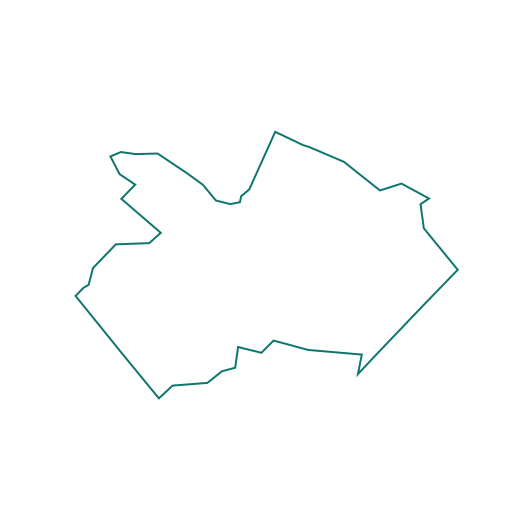 Somerset, New Jersey, United States of America (Natural Earth projection), rotated 247°
{"feature_id": "52423323B92804985399484", "entity_name": "Somerset", "entity_type": "district", "adm_level": 2, "iso_a3": "USA", "parent_name": "United States of America", "parent_adm1": "New Jersey", "projection": "natural_earth1", "projection_center": [-74.587, 40.566], "detail": "fine", "context": "isolated", "style": "outline", "palette": "teal", "viewbox_px": 512, "rotation_deg": 247, "n_neighbors": 0, "source": "geoboundaries", "source_scale": "gbopen_adm2", "svg_char_len": 725}
<svg xmlns="http://www.w3.org/2000/svg" viewBox="0 0 512 512"><g transform="rotate(247 256 256)"><path d="M241.3,437.7L265.8,418.2L267.9,395.7L308.2,373.8L335.4,347.7L339.8,342.5L362.8,322.2L319.9,275.8L316.9,265.8L311.8,262.2L313.9,252.5L322.7,240.8L342.4,234.9L359.5,224.6L388.8,205.4L396.8,185.1L404.5,172.2L404.5,160.9L384.7,162.4L368.9,172.7L361.2,154.4L314.5,177.4L309.6,162.7L321.5,131.5L308.6,101.2L294.9,90.7L294.1,84.7L289.7,74.3L233.0,90.5L213.5,96.1L162.9,111.0L169.3,128.5L158.2,161.7L163.2,179.6L161.3,193.2L179.2,203.9L164.8,223.2L171.3,239.1L149.1,267.4L123.9,314.9L107.5,303.7L119.0,329.9L144.9,390.0L164.5,436.3L215.9,421.3L239.4,427.7L241.3,437.7Z" fill="none" stroke="#0f766e" stroke-width="2"/></g></svg>